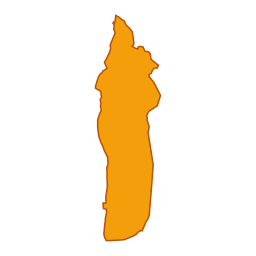 the district of Maiha, Adamawa, Nigeria
{"feature_id": "59680162B24409102010221", "entity_name": "Maiha", "entity_type": "district", "adm_level": 2, "iso_a3": "NGA", "parent_name": "Nigeria", "parent_adm1": "Adamawa", "projection": "natural_earth1", "projection_center": [13.146, 9.868], "detail": "fine", "context": "isolated", "style": "filled", "palette": "amber", "viewbox_px": 256, "rotation_deg": 0, "n_neighbors": 0, "source": "geoboundaries", "source_scale": "gbopen_adm2", "svg_char_len": 1846}
<svg xmlns="http://www.w3.org/2000/svg" viewBox="0 0 256 256"><path d="M115.8,15.4L115.3,19.3L115.0,21.9L114.6,22.9L113.4,22.1L113.0,23.5L114.2,24.8L113.9,27.4L113.8,29.7L114.7,31.2L115.1,33.0L114.4,34.9L113.6,36.7L112.6,39.0L110.2,45.0L110.6,49.0L110.4,49.6L108.8,53.9L106.9,57.9L104.4,62.4L107.0,68.2L105.0,69.7L102.8,71.0L101.9,73.1L100.6,73.5L99.7,75.0L98.7,76.3L97.4,79.9L97.0,81.4L96.5,83.1L96.3,83.7L95.5,86.4L95.5,88.2L100.7,91.3L101.5,97.3L100.1,99.8L101.0,103.6L100.4,105.8L101.3,109.8L98.7,116.2L98.2,118.2L97.6,120.5L97.7,121.8L97.6,126.9L98.6,135.2L98.8,136.0L99.8,139.5L101.1,142.8L103.0,146.8L104.5,151.1L106.1,154.0L107.6,157.6L108.0,163.8L106.7,168.1L107.0,171.4L107.0,178.2L107.3,184.4L107.3,187.1L107.3,187.3L106.3,193.4L105.7,198.5L106.0,201.0L105.9,203.1L103.1,203.0L103.1,205.5L103.4,208.6L106.3,209.3L106.6,211.8L106.3,214.0L105.6,216.9L105.3,219.4L105.3,220.5L105.3,221.6L105.0,222.5L104.5,226.8L104.3,229.5L103.9,233.1L104.2,236.2L106.2,240.6L108.8,240.6L115.6,240.3L117.0,240.2L121.9,239.9L123.6,239.8L126.5,238.8L129.9,237.4L133.4,236.0L134.4,235.4L135.9,234.6L137.6,232.7L138.4,232.0L141.1,230.4L142.1,230.9L145.1,224.0L145.3,223.0L147.6,219.5L148.8,216.5L149.3,214.7L151.1,192.4L151.5,187.2L153.2,164.8L150.8,149.5L148.9,137.8L148.0,132.4L148.8,129.3L149.1,126.6L147.1,120.0L147.2,117.8L147.0,116.7L146.6,115.5L147.4,114.0L148.0,113.0L148.2,112.5L149.4,110.9L155.0,107.3L157.3,105.8L160.5,95.4L153.9,82.5L148.9,76.3L149.2,74.4L151.2,73.4L152.5,70.2L153.8,68.4L155.1,68.1L157.3,68.0L157.8,66.8L158.4,65.3L151.0,59.3L150.9,58.4L150.2,53.5L148.4,51.6L145.1,51.4L142.9,46.9L140.2,46.4L138.4,46.8L137.8,48.9L134.8,48.0L131.9,46.1L132.8,45.4L133.5,44.8L133.9,43.0L132.7,34.4L132.3,31.7L129.5,28.3L126.0,24.9L124.2,20.8L121.4,19.3L119.7,17.7L118.6,17.0L115.8,15.4Z" fill="#f59e0b" stroke="#b45309" stroke-width="1.5"/></svg>